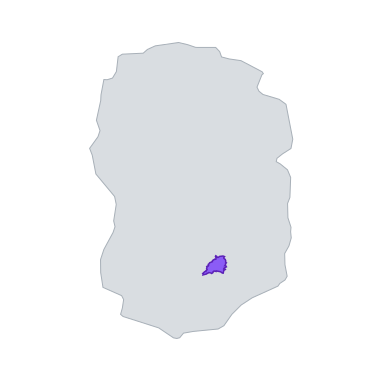 Cheshinovo - Obleshevo, Češinovo-Obleševo, North Macedonia shown in context, rotated 104°
{"feature_id": "65306769B60953626693828", "entity_name": "Cheshinovo - Obleshevo", "entity_type": "district", "adm_level": 2, "iso_a3": "MKD", "parent_name": "North Macedonia", "parent_adm1": "Češinovo-Obleševo", "projection": "equal_earth", "projection_center": [22.304, 41.875], "detail": "fine", "context": "in_parent", "style": "filled", "palette": "violet", "viewbox_px": 384, "rotation_deg": 104, "n_neighbors": 0, "source": "geoboundaries", "source_scale": "gbopen_adm2", "svg_char_len": 1995}
<svg xmlns="http://www.w3.org/2000/svg" viewBox="0 0 384 384"><g transform="rotate(104 192 192)"><path d="M173.6,95.7L180.0,96.5L193.8,92.7L202.3,87.4L206.7,86.7L212.5,84.6L220.9,84.9L229.3,87.2L240.1,84.2L250.7,79.3L254.9,80.5L259.5,84.7L262.5,85.8L280.1,108.0L289.7,116.9L301.0,123.7L314.0,128.7L318.6,133.5L327.0,157.1L331.0,166.1L336.4,168.7L337.8,171.3L338.0,174.7L331.9,191.4L329.5,228.7L328.0,231.7L321.5,231.5L312.9,232.3L309.6,235.2L306.1,255.3L292.3,261.1L279.7,264.4L269.0,263.6L250.4,258.8L244.3,258.3L239.0,261.0L222.4,262.5L215.1,266.0L197.8,289.6L180.4,297.7L174.4,301.9L161.1,296.6L154.7,296.1L145.5,302.1L125.3,302.7L119.8,303.8L104.2,304.7L103.6,301.5L100.7,296.7L93.5,294.5L78.6,296.4L75.1,292.9L69.1,272.9L64.4,269.7L59.1,263.0L50.2,241.2L50.1,231.7L50.8,223.4L46.0,204.0L49.1,199.1L53.8,196.0L53.9,188.2L52.7,176.3L58.4,153.0L59.9,151.4L61.3,152.5L74.5,154.3L78.0,151.4L80.2,146.8L81.0,129.8L84.2,122.0L116.4,107.0L125.8,106.5L133.0,113.3L138.7,117.7L142.2,117.6L143.4,113.2L147.4,104.7L154.0,99.8L173.5,95.7L173.6,95.7Z" fill="#d9dde1" stroke="#a8b0b8" stroke-width="1"/><path d="M266.3,153.2L265.3,152.3L264.6,152.4L264.3,151.9L263.3,151.5L263.3,149.4L262.7,149.4L262.5,145.0L263.3,143.0L263.2,142.1L260.0,142.2L260.0,141.8L259.1,140.9L258.7,141.6L258.8,142.6L258.0,142.4L256.3,140.5L255.3,141.5L255.5,142.3L254.6,141.9L253.5,142.1L252.4,141.5L252.0,142.4L250.7,142.6L249.4,143.4L248.7,145.0L248.0,145.3L246.8,144.8L246.6,146.4L247.8,149.6L249.1,150.7L249.3,151.6L248.9,152.0L249.4,152.5L248.5,152.5L248.1,153.5L248.8,153.7L250.0,152.8L251.4,152.6L251.8,153.4L251.7,153.8L252.7,154.6L252.7,154.9L254.3,155.7L254.7,155.4L256.3,157.7L257.7,158.2L258.2,158.7L259.0,158.6L259.2,158.2L260.0,158.4L260.3,159.3L260.9,159.7L261.6,159.2L263.0,159.3L263.5,158.6L264.7,159.0L264.9,159.4L265.5,159.3L266.2,160.4L268.4,161.8L268.5,161.3L269.8,161.3L268.0,158.0L267.2,157.8L267.1,157.1L266.1,156.2L266.0,154.1L266.3,153.2Z" fill="#8b5cf6" stroke="#5b21b6" stroke-width="1.5"/></g></svg>